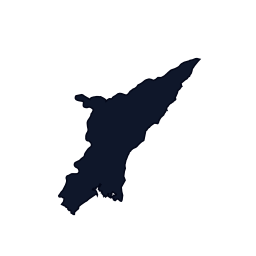 Ungra, Brasov, Romania, rotated 145°
{"feature_id": "2599482B21133330999622", "entity_name": "Ungra", "entity_type": "district", "adm_level": 2, "iso_a3": "ROU", "parent_name": "Romania", "parent_adm1": "Brasov", "projection": "natural_earth1", "projection_center": [25.208, 45.983], "detail": "fine", "context": "isolated", "style": "filled", "palette": "ink", "viewbox_px": 256, "rotation_deg": 145, "n_neighbors": 0, "source": "geoboundaries", "source_scale": "gbopen_adm2", "svg_char_len": 5732}
<svg xmlns="http://www.w3.org/2000/svg" viewBox="0 0 256 256"><g transform="rotate(145 128 128)"><path d="M153.9,182.8L154.1,182.4L154.2,181.5L154.1,181.0L153.6,180.0L152.4,178.5L149.5,175.6L149.5,174.8L150.5,173.5L151.0,173.0L151.8,171.9L151.9,171.5L152.0,171.0L151.9,170.6L151.3,169.6L150.4,168.7L149.4,168.1L148.0,167.7L147.6,167.4L146.9,166.5L146.4,165.7L145.9,163.9L145.9,163.3L145.9,162.9L146.0,162.6L146.5,162.3L148.5,161.1L149.9,160.7L150.5,160.2L151.3,159.4L151.7,159.1L153.0,158.4L156.6,157.0L157.6,156.3L158.0,156.0L158.8,154.9L160.2,152.4L161.3,149.9L162.0,148.9L163.1,148.0L164.9,147.2L165.7,146.7L167.0,145.6L168.7,143.2L168.9,142.3L168.9,142.0L168.8,141.4L168.5,140.9L167.7,140.1L167.3,139.7L167.2,139.2L166.9,137.4L166.9,136.9L167.0,136.4L167.2,135.7L167.5,135.2L168.3,134.3L168.7,134.1L169.4,133.9L170.8,133.9L172.5,133.7L173.5,133.4L176.8,132.2L178.2,131.5L179.9,130.0L180.5,129.7L183.8,129.6L186.0,129.2L186.7,129.2L188.3,129.5L191.0,129.9L191.9,129.7L192.8,128.9L193.2,128.3L193.4,127.4L193.4,126.8L193.0,125.5L192.4,124.6L192.2,124.0L192.0,123.4L192.1,122.7L192.5,121.0L193.1,120.3L193.6,119.9L194.2,119.6L194.7,119.5L196.0,119.7L196.7,120.1L199.5,122.1L200.7,122.8L203.7,123.1L205.3,123.6L205.7,123.5L206.7,123.1L207.3,122.4L208.0,120.5L208.8,119.4L209.9,118.4L211.9,117.0L216.9,114.4L217.4,114.2L219.4,113.8L222.2,112.7L223.3,112.4L223.7,112.1L223.8,111.6L223.8,111.1L223.6,110.8L222.8,110.3L221.9,110.0L221.6,109.7L221.6,109.0L221.4,108.5L220.7,107.7L220.7,107.4L220.8,106.8L222.5,105.0L223.4,104.4L223.9,104.2L225.2,103.9L226.2,103.5L225.7,102.7L224.8,101.0L224.6,101.2L224.0,100.0L224.1,99.7L224.1,98.5L223.5,97.9L223.2,96.7L223.7,96.1L223.8,95.9L223.5,94.2L222.4,93.5L222.4,92.9L222.5,92.4L223.3,91.0L222.8,90.1L222.3,88.6L221.5,88.0L220.7,89.0L219.7,89.9L218.9,89.9L218.3,90.1L218.1,90.0L217.5,90.2L215.7,90.2L214.6,90.6L214.1,91.1L214.2,91.6L213.5,92.0L212.5,92.1L210.6,92.3L205.5,92.3L204.2,92.1L202.6,92.1L202.2,92.3L200.3,92.4L192.2,92.3L191.8,91.5L191.7,90.8L191.8,90.4L191.3,90.8L190.4,93.8L190.3,94.9L190.5,95.7L191.8,97.0L191.7,97.2L192.4,97.8L191.9,98.2L191.1,98.4L191.0,97.4L189.0,96.7L188.8,97.8L185.5,97.0L185.1,97.3L183.0,98.2L182.9,98.0L183.0,97.7L182.7,97.2L184.6,96.4L184.9,96.1L186.4,95.6L186.7,95.3L187.3,94.9L187.1,94.4L187.3,94.3L187.1,93.5L187.0,93.1L187.3,92.8L185.6,91.1L186.9,90.1L186.6,89.8L186.5,89.6L186.4,89.5L186.8,88.6L186.3,86.4L186.9,86.3L186.8,86.0L186.9,85.8L185.9,85.9L185.9,84.4L183.8,84.6L182.3,80.8L181.3,80.7L180.1,78.1L181.0,77.6L180.6,76.6L180.2,76.0L180.0,75.9L179.6,75.9L178.7,76.2L178.2,76.3L177.7,76.1L176.7,75.4L176.4,73.4L176.0,72.5L175.5,71.9L175.0,72.0L174.1,72.6L171.1,75.9L171.3,76.1L170.9,76.5L170.7,76.9L169.5,79.9L168.5,81.6L167.9,82.8L167.3,83.5L160.3,86.9L159.3,90.9L157.1,93.3L155.8,94.7L153.4,96.5L152.5,98.4L151.6,99.8L150.6,100.6L150.4,101.0L149.9,101.3L148.3,102.8L147.1,103.5L143.9,105.7L141.9,106.6L141.1,107.4L140.5,107.6L138.9,107.8L138.1,108.2L135.5,108.4L133.1,107.9L132.1,107.8L130.6,108.0L129.2,108.4L125.9,108.9L124.1,109.0L123.0,108.8L122.1,108.9L115.1,115.6L113.8,115.6L113.5,115.8L111.8,116.4L110.7,116.5L110.3,116.7L110.2,116.5L110.0,116.4L109.9,116.5L108.8,116.8L106.6,117.0L106.2,117.0L105.8,117.1L105.7,116.9L105.0,117.0L103.9,116.9L103.2,116.7L102.0,115.5L101.8,115.4L101.5,114.9L101.1,114.6L100.9,114.6L100.6,114.8L99.9,115.1L98.3,116.4L98.2,116.4L98.1,116.5L97.4,116.7L97.3,117.0L94.8,117.9L93.7,118.0L93.3,118.1L91.3,118.3L89.9,119.2L89.5,119.3L89.0,119.6L88.7,119.6L88.3,119.7L88.0,120.0L87.3,120.2L87.3,120.4L86.8,120.7L86.1,120.8L85.9,120.5L85.8,121.0L85.5,121.5L84.5,122.5L83.8,122.8L82.5,123.0L81.8,123.4L80.0,123.8L79.2,123.8L78.6,123.7L77.8,123.7L77.6,123.8L76.8,123.8L76.6,123.7L76.4,123.8L76.2,123.7L76.0,123.9L74.6,123.9L74.3,124.0L73.5,123.9L72.8,124.0L72.3,124.4L72.3,124.8L72.6,125.4L67.5,128.5L65.9,129.9L65.0,130.2L63.2,130.3L62.3,130.7L61.3,131.0L61.0,131.3L60.7,131.3L60.0,131.3L60.1,131.8L60.0,132.0L59.9,132.3L59.9,132.5L59.7,132.5L59.5,133.0L59.9,133.1L59.9,133.4L59.8,133.5L59.6,133.9L59.2,134.3L53.2,134.8L51.7,134.6L51.1,134.7L49.5,135.3L49.1,135.3L48.0,135.2L47.8,135.4L47.5,135.4L47.3,135.6L46.8,136.1L45.5,136.4L44.6,136.8L43.2,138.0L42.9,138.1L41.8,139.3L40.5,140.0L39.6,140.2L38.1,140.9L33.3,142.3L32.2,142.6L29.8,143.1L31.3,144.8L32.0,145.1L31.9,145.4L33.0,146.0L34.6,146.4L36.0,146.7L38.5,147.8L39.1,147.7L44.3,149.5L47.3,149.8L48.4,149.7L50.9,149.0L52.7,149.1L55.4,149.5L56.5,149.8L58.8,150.5L60.0,150.7L63.8,150.3L64.8,150.1L66.8,149.9L67.9,149.7L70.2,149.9L71.1,150.0L72.1,150.3L72.6,150.6L73.7,151.5L74.6,152.1L77.4,151.8L79.6,152.2L80.0,152.6L80.9,153.9L81.1,154.3L82.5,155.8L83.2,156.2L85.4,156.9L86.5,157.1L89.0,157.0L89.5,156.9L91.6,156.9L93.5,157.1L94.9,157.4L95.5,157.3L96.8,156.7L98.0,156.5L99.4,156.4L101.7,156.9L104.3,156.7L104.9,156.8L106.3,156.4L107.3,156.0L107.7,155.9L108.3,155.7L109.4,155.7L110.5,155.8L111.6,157.0L113.5,159.7L114.9,161.0L116.6,161.7L119.7,161.6L121.2,161.8L123.0,161.8L123.9,161.3L124.9,161.3L126.6,162.7L128.6,162.8L129.5,162.7L129.8,162.5L130.7,162.4L130.4,163.1L130.2,164.0L130.6,165.3L131.2,166.7L132.1,168.4L132.4,169.1L132.9,169.6L133.5,169.8L133.9,170.2L134.5,170.8L135.7,171.6L136.1,171.9L136.9,172.2L138.4,173.0L140.4,173.7L140.8,173.8L141.8,173.7L142.3,173.6L142.9,173.2L143.8,174.7L143.5,174.9L144.1,176.0L144.8,177.6L145.1,178.2L145.5,179.1L145.9,180.4L146.3,181.2L146.9,181.9L152.0,184.1L152.3,184.1L152.8,183.9L153.3,183.5L153.9,182.8ZM176.2,80.1L176.5,80.5L177.7,80.2L177.9,80.7L178.2,80.6L178.5,81.1L179.5,80.7L180.0,81.1L180.6,81.2L181.1,81.1L181.5,82.3L179.1,83.1L179.5,84.0L177.1,84.5L175.8,80.8L175.6,80.4L176.2,80.1ZM183.0,85.0L182.1,85.7L181.6,85.3L182.5,84.5L183.0,85.0Z" fill="#0f172a" stroke="#020617" stroke-width="1.5"/></g></svg>